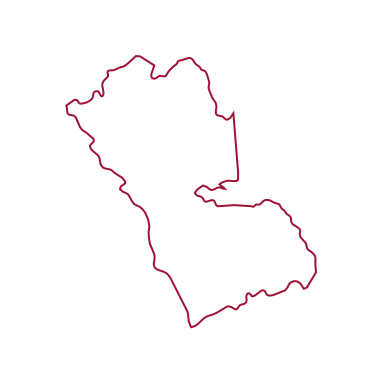 the border of Alto Paraná, rotated 140°
{"feature_id": "PRY-616", "entity_name": "Alto Paraná", "entity_type": "Department", "adm_level": 1, "iso_a3": "PRY", "parent_name": "Paraguay", "parent_adm1": "", "projection": "orthographic", "projection_center": [-55.001, -25.353], "detail": "fine", "context": "isolated", "style": "outline", "palette": "rose", "viewbox_px": 384, "rotation_deg": 140, "n_neighbors": 0, "source": "natural_earth", "source_scale": "10m", "svg_char_len": 4509}
<svg xmlns="http://www.w3.org/2000/svg" viewBox="0 0 384 384"><g transform="rotate(140 192 192)"><path d="M242.8,228.9L242.5,231.8L244.9,237.1L245.3,240.5L243.0,242.0L237.7,241.6L236.4,243.2L236.3,247.6L239.0,256.3L239.4,259.6L240.2,261.8L243.5,266.0L244.5,268.0L244.3,271.7L242.8,274.6L241.2,277.2L240.4,280.0L241.6,287.4L241.7,290.5L240.4,293.0L239.1,293.5L235.5,293.7L234.2,294.3L233.3,296.0L233.4,297.7L233.9,299.4L234.6,304.5L236.2,309.8L236.1,313.5L233.0,324.1L233.6,326.7L236.3,329.9L236.8,332.1L235.8,333.9L234.1,336.4L232.9,338.6L232.8,339.0L232.7,339.0L232.4,339.0L224.0,338.3L222.3,337.9L221.4,336.9L221.1,335.8L221.1,334.7L221.3,333.6L221.3,332.8L221.1,332.1L220.8,331.6L220.2,331.0L219.4,330.4L216.6,329.0L214.4,328.1L211.6,327.6L209.3,327.6L208.1,327.9L206.8,328.6L204.8,330.4L203.9,330.9L203.1,331.3L202.0,331.3L200.8,330.9L199.4,329.8L199.1,328.9L199.2,327.8L199.8,325.4L199.9,324.6L199.8,323.8L199.6,323.3L199.1,323.1L198.4,323.1L197.5,323.5L196.8,324.0L196.0,325.0L194.9,326.6L192.6,330.8L192.0,331.6L191.0,332.5L190.0,333.2L189.0,333.6L187.0,334.1L182.1,334.5L181.1,335.6L180.5,336.4L180.1,337.5L179.8,337.9L179.5,338.2L178.9,338.6L178.0,338.5L176.8,338.0L174.5,336.2L172.9,335.3L168.1,334.1L164.4,332.4L162.9,332.0L161.7,331.8L158.7,331.7L147.7,332.2L144.6,329.3L139.5,313.2L147.3,308.5L148.5,307.3L149.2,305.8L149.1,304.4L148.2,303.2L147.2,302.6L146.1,302.3L143.3,302.1L142.1,301.7L141.1,300.9L140.3,300.0L139.8,299.3L139.2,298.6L138.3,298.0L137.4,297.8L132.7,299.3L130.0,299.8L125.8,300.1L122.2,299.9L120.9,300.1L119.0,301.1L117.8,300.9L116.7,300.5L114.7,299.4L108.5,296.9L107.8,296.4L106.9,295.1L106.4,293.3L106.9,288.7L106.9,287.2L105.9,283.8L105.8,282.2L106.3,280.4L105.9,278.7L105.1,277.7L104.3,276.4L104.4,274.6L105.3,271.6L108.2,265.0L108.7,264.4L111.8,261.7L112.7,260.5L113.4,259.0L115.7,251.6L116.2,249.4L116.4,245.6L117.3,243.4L118.4,241.6L122.2,238.2L123.1,236.8L123.4,235.7L123.2,234.5L122.5,233.4L120.5,230.8L119.9,229.3L119.7,227.9L119.6,226.6L119.3,225.6L118.5,224.8L116.4,224.3L115.1,224.1L109.7,225.7L144.5,176.8L148.9,171.8L150.6,171.8L153.4,173.8L157.2,177.6L158.8,178.5L162.4,179.8L164.3,180.3L166.0,180.2L165.8,178.6L165.0,175.3L164.9,173.5L165.9,174.6L167.3,176.9L168.2,178.0L169.4,178.8L170.6,179.2L173.2,179.7L175.3,180.6L176.5,182.1L177.0,183.9L177.3,186.2L179.3,189.8L183.2,190.3L187.1,190.4L190.5,189.4L190.5,187.3L190.3,186.4L190.1,185.6L189.7,184.9L188.7,183.5L188.3,182.8L188.0,182.0L187.8,181.1L187.8,180.1L188.2,177.1L188.0,176.2L187.6,175.6L186.9,175.1L182.9,173.5L182.1,173.0L181.6,172.6L181.1,171.9L180.8,171.2L180.8,170.4L181.7,167.2L181.8,166.2L181.7,165.2L181.3,164.5L180.7,164.0L168.1,154.8L156.0,143.3L155.1,142.0L154.6,141.4L153.9,141.1L153.1,141.1L152.2,141.3L151.4,141.3L150.6,141.0L150.1,140.5L149.5,139.8L148.9,139.3L148.2,138.9L147.3,138.8L144.6,139.2L143.6,139.2L142.6,139.1L141.6,138.9L140.8,138.6L140.1,138.1L139.5,137.6L138.4,136.4L137.9,135.8L137.5,135.1L136.8,133.4L136.3,131.9L135.6,130.4L133.7,127.8L133.3,126.7L133.2,125.1L133.8,123.1L133.9,121.8L133.8,120.7L133.5,119.9L133.3,118.9L133.3,117.8L133.5,115.2L133.5,114.2L133.3,113.3L133.0,112.5L132.7,111.5L132.6,110.3L132.8,108.6L133.8,107.5L135.3,105.0L135.5,103.5L135.5,102.1L134.1,98.1L133.4,95.0L133.8,93.2L134.4,92.2L135.5,91.4L136.6,90.4L137.6,88.5L137.9,86.5L137.7,79.7L138.3,78.1L139.9,75.2L140.1,73.8L139.9,72.1L138.9,68.4L138.7,65.9L138.9,64.3L139.4,63.0L140.1,61.8L144.7,56.4L148.6,50.8L165.3,45.0L168.5,45.9L167.9,52.0L168.1,53.8L168.8,55.8L171.0,58.0L173.2,58.9L175.2,59.3L177.0,58.9L180.6,57.4L182.8,57.0L184.1,56.9L195.7,60.7L198.6,62.3L200.3,64.1L200.6,65.6L200.5,66.8L200.3,67.7L200.0,68.6L199.9,69.4L200.2,70.3L201.2,71.4L202.4,71.8L203.7,72.0L209.2,72.2L211.3,72.5L212.5,73.1L213.1,73.6L213.1,74.3L213.0,75.3L213.0,76.8L213.8,78.0L214.5,78.4L215.4,78.3L216.2,78.0L217.0,77.5L217.8,76.7L218.5,75.9L219.4,74.3L220.2,73.6L221.3,72.8L223.1,72.6L224.4,73.0L226.1,73.8L227.2,74.3L228.5,74.5L229.5,74.3L231.7,73.6L233.0,73.5L233.7,73.7L234.3,74.4L235.9,78.6L236.8,80.0L237.8,81.2L239.3,81.8L250.8,83.6L255.1,84.9L259.3,86.7L262.9,87.5L266.6,87.5L270.2,87.2L274.0,87.2L276.2,87.5L279.6,89.0L277.7,94.8L273.4,101.2L272.2,103.9L265.2,134.0L263.8,139.7L263.5,142.8L263.6,145.6L264.8,148.8L268.6,155.2L269.1,158.3L267.7,161.3L262.6,165.9L260.8,168.9L257.4,179.7L253.7,185.6L250.9,189.3L246.6,193.2L243.2,199.4L241.4,205.3L241.1,207.1L241.0,210.7L241.6,214.4L243.1,217.4L244.1,220.5L243.7,224.5L242.8,228.5L242.8,228.9Z" fill="none" stroke="#9f1239" stroke-width="2"/></g></svg>